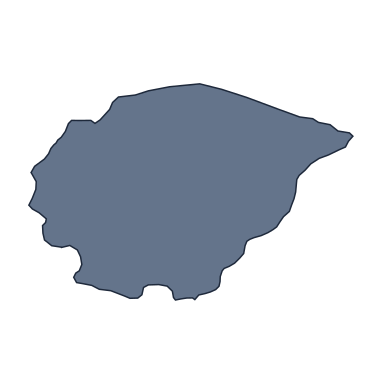 Vindeln, Västerbotten, Sweden, rotated 87°
{"feature_id": "70781695B31589151940817", "entity_name": "Vindeln", "entity_type": "district", "adm_level": 2, "iso_a3": "SWE", "parent_name": "Sweden", "parent_adm1": "Västerbotten", "projection": "orthographic", "projection_center": [19.601, 64.412], "detail": "fine", "context": "isolated", "style": "filled", "palette": "slate", "viewbox_px": 384, "rotation_deg": 87, "n_neighbors": 0, "source": "geoboundaries", "source_scale": "gbopen_adm2", "svg_char_len": 1498}
<svg xmlns="http://www.w3.org/2000/svg" viewBox="0 0 384 384"><g transform="rotate(87 192 192)"><path d="M114.2,308.5L117.2,311.8L124.9,315.3L130.5,319.7L133.1,323.3L136.0,325.2L137.7,327.5L141.1,330.6L146.3,333.2L151.4,337.7L158.1,347.8L164.2,351.7L164.6,351.4L173.5,347.0L181.2,347.8L190.1,351.9L196.6,355.6L200.6,352.3L204.7,345.8L211.2,338.9L214.8,339.8L217.7,343.0L225.4,343.0L232.2,341.8L238.3,334.9L240.3,325.1L240.5,325.1L239.0,316.8L243.9,309.5L250.8,306.7L258.6,305.8L264.8,308.7L266.9,312.3L271.0,314.6L276.4,312.0L277.7,306.3L280.0,297.0L284.3,289.7L286.3,278.3L292.2,265.1L294.9,259.5L295.1,251.7L292.0,247.4L284.8,245.4L282.5,240.5L282.7,230.0L284.7,221.7L290.0,216.8L296.4,216.0L299.0,214.2L298.2,208.8L297.6,202.9L297.8,197.0L299.6,194.8L295.2,190.6L294.1,184.2L292.8,178.9L290.7,173.5L287.6,170.0L283.0,168.7L277.9,168.2L272.3,166.0L270.0,163.9L268.2,158.8L265.3,153.2L260.4,147.7L256.1,143.6L248.4,141.8L244.1,139.8L242.3,136.8L240.8,132.4L239.2,125.3L236.6,118.4L233.8,113.1L231.3,109.3L226.7,106.0L221.4,101.9L216.5,95.8L209.9,93.1L204.1,90.5L197.5,88.5L185.0,86.7L181.0,84.1L176.2,78.0L170.1,71.9L165.1,63.3L162.1,53.7L157.8,43.5L156.9,41.2L155.1,36.4L149.5,33.1L144.7,28.4L141.2,31.7L138.7,43.1L132.0,50.6L129.1,62.1L125.1,67.6L122.7,80.6L113.8,101.6L100.4,132.5L91.0,157.1L84.4,178.6L85.7,208.6L88.7,230.3L92.2,243.6L93.3,260.5L98.4,266.6L105.2,269.9L115.2,280.0L118.4,285.3L115.2,289.3L114.7,301.0L114.2,308.5Z" fill="#64748b" stroke="#1e293b" stroke-width="1.5"/></g></svg>